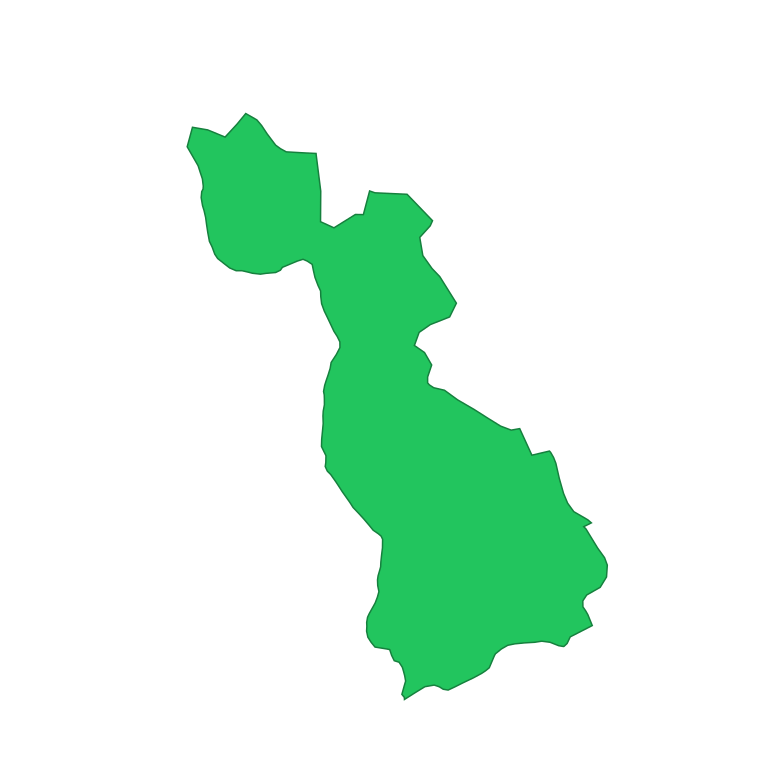 outline of Ipokia, Ogun, Nigeria, rotated 334°
{"feature_id": "59680162B19485775159758", "entity_name": "Ipokia", "entity_type": "district", "adm_level": 2, "iso_a3": "NGA", "parent_name": "Nigeria", "parent_adm1": "Ogun", "projection": "robinson", "projection_center": [2.781, 6.657], "detail": "fine", "context": "isolated", "style": "filled", "palette": "green", "viewbox_px": 768, "rotation_deg": 334, "n_neighbors": 0, "source": "geoboundaries", "source_scale": "gbopen_adm2", "svg_char_len": 2803}
<svg xmlns="http://www.w3.org/2000/svg" viewBox="0 0 768 768"><g transform="rotate(334 384 384)"><path d="M424.0,147.0L414.5,141.8L397.9,132.5L394.1,127.1L391.3,121.8L388.6,107.9L387.3,98.0L385.5,90.9L378.3,80.3L365.6,86.1L349.4,92.4L336.9,78.3L324.4,69.3L311.1,84.5L312.6,106.3L311.5,114.0L310.7,120.0L308.3,126.9L306.8,129.5L304.5,131.2L301.4,136.3L299.1,144.1L298.3,149.2L296.7,156.1L294.4,163.0L292.0,170.7L289.6,179.3L289.6,185.4L288.8,193.1L289.5,198.3L293.2,206.0L296.2,212.1L300.7,217.3L306.0,219.9L311.3,224.2L314.3,226.8L321.1,231.1L326.4,232.8L335.5,236.3L340.1,236.3L340.8,236.3L343.8,234.6L359.8,235.5L365.9,236.4L368.9,239.9L371.9,245.0L370.3,251.1L368.7,257.9L367.9,266.5L367.8,272.6L365.5,277.7L363.1,284.6L363.0,285.8L362.3,292.3L362.3,299.2L362.2,307.8L362.1,314.7L362.8,320.8L362.8,326.8L360.4,331.9L354.1,336.6L345.9,341.5L342.5,346.3L337.9,351.2L333.7,355.4L330.1,359.2L326.4,364.2L325.5,367.6L323.9,371.2L321.3,376.6L318.1,380.9L317.5,381.7L315.1,386.0L312.0,392.9L308.1,399.3L303.8,406.3L300.4,412.8L300.4,423.0L297.3,429.0L295.0,432.4L294.9,436.1L294.9,437.6L296.4,441.9L297.1,446.2L297.8,450.5L298.6,456.6L299.3,462.6L300.0,466.9L301.4,475.5L302.1,481.5L304.3,488.4L306.6,496.2L308.8,504.8L310.2,510.8L313.2,516.0L314.7,519.4L314.7,522.9L310.8,530.6L306.9,536.6L303.1,542.7L300.8,546.9L297.7,550.4L294.6,553.8L292.3,557.2L290.0,562.4L288.4,568.4L284.6,572.7L280.0,577.0L270.1,583.9L267.0,586.4L263.9,590.7L262.4,594.2L260.0,598.5L258.5,604.5L259.2,610.5L260.6,616.5L270.5,623.5L272.7,625.2L271.9,631.2L271.9,637.2L275.6,640.7L276.3,646.7L275.6,650.8L274.7,655.3L273.2,660.5L270.1,663.9L266.3,668.2L264.0,670.8L264.9,674.6L264.1,676.5L276.6,675.1L288.1,674.0L297.1,676.6L299.8,679.2L301.1,680.6L303.4,684.3L307.5,687.2L315.1,687.3L323.4,687.2L335.6,687.3L345.0,686.9L349.5,686.3L354.2,685.2L364.2,676.5L365.1,675.9L365.9,675.3L367.0,675.1L373.4,673.6L380.7,673.1L387.7,674.9L394.4,677.4L396.6,678.2L406.2,682.2L413.0,684.3L420.0,688.9L426.3,695.8L430.2,698.6L430.8,698.7L434.8,697.5L440.3,693.1L440.7,692.9L465.3,692.4L466.1,680.6L465.8,676.2L465.1,671.5L467.6,666.1L473.7,662.5L489.2,661.5L499.4,655.0L505.3,644.7L506.1,636.8L504.1,625.1L502.5,608.3L502.0,602.9L501.0,599.8L509.5,599.7L507.7,595.5L498.6,581.9L496.8,571.6L497.4,561.1L500.2,545.5L503.7,530.6L504.2,524.4L503.8,518.5L503.3,516.8L485.7,512.8L486.4,483.6L478.1,481.2L470.3,472.9L462.3,460.2L454.1,446.8L443.2,430.5L435.6,416.1L427.0,409.1L424.4,404.7L423.7,402.1L426.3,396.8L435.2,387.8L434.2,373.5L428.2,362.7L438.2,353.0L451.7,350.9L472.4,352.5L484.5,343.1L481.2,311.9L477.8,301.3L475.2,285.6L480.4,267.9L494.9,262.1L499.2,258.5L487.9,223.6L459.7,208.2L455.7,204.2L439.7,222.7L432.6,219.1L407.5,221.7L398.1,210.3L411.7,182.9L423.5,148.3L424.0,147.0Z" fill="#22c55e" stroke="#15803d" stroke-width="1.5"/></g></svg>